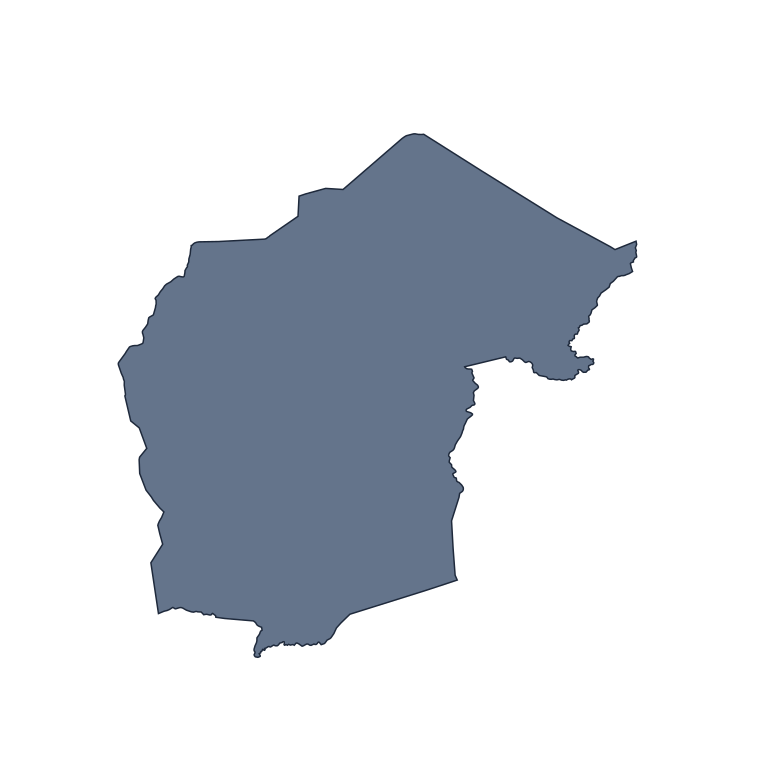 Guaimaca, Francisco Morazán, Honduras, rotated 253°
{"feature_id": "27666195B96410778118504", "entity_name": "Guaimaca", "entity_type": "district", "adm_level": 2, "iso_a3": "HND", "parent_name": "Honduras", "parent_adm1": "Francisco Morazán", "projection": "natural_earth1", "projection_center": [-86.911, 14.489], "detail": "fine", "context": "isolated", "style": "filled", "palette": "slate", "viewbox_px": 768, "rotation_deg": 253, "n_neighbors": 0, "source": "geoboundaries", "source_scale": "gbopen_adm2", "svg_char_len": 6171}
<svg xmlns="http://www.w3.org/2000/svg" viewBox="0 0 768 768"><g transform="rotate(253 384 384)"><path d="M611.2,495.0L611.6,493.0L612.6,489.9L614.2,486.8L614.6,485.1L614.9,477.9L614.4,475.8L613.5,473.1L582.0,401.7L588.1,385.4L588.7,365.0L588.5,357.7L569.5,350.8L559.2,318.3L558.6,317.4L558.4,316.3L557.4,313.6L557.5,312.0L568.6,267.5L574.0,248.7L574.3,246.7L574.3,244.5L573.8,242.8L572.8,241.1L572.8,240.1L571.4,239.7L569.4,238.5L564.6,236.5L560.7,234.0L557.7,232.9L555.1,230.6L554.2,230.5L553.6,230.3L552.7,229.0L550.7,226.9L548.6,226.1L545.4,224.4L545.1,223.8L545.2,222.9L545.7,221.8L547.0,219.5L547.1,218.1L545.8,213.6L544.1,210.0L543.1,205.2L542.0,202.9L539.7,200.2L537.7,197.1L535.1,194.2L533.7,191.2L533.0,190.4L532.5,190.1L530.7,190.5L527.1,189.5L525.5,188.5L523.9,187.8L517.9,183.9L517.4,183.3L516.6,179.5L516.1,178.4L513.9,177.1L510.6,175.6L508.1,172.6L505.8,169.2L504.8,168.3L503.4,167.9L501.9,168.0L498.4,167.8L493.8,165.6L493.2,164.3L492.9,160.3L492.9,159.4L493.7,156.7L494.0,154.8L494.0,152.4L493.8,151.4L490.3,147.0L488.8,145.4L482.6,137.1L481.6,136.0L480.1,135.6L471.2,135.9L466.4,136.5L465.0,136.3L462.6,136.5L458.7,135.2L449.9,133.8L448.6,133.2L448.4,132.7L422.7,131.0L413.6,137.1L391.8,138.3L385.5,128.9L383.2,127.7L369.8,124.2L352.1,125.4L343.9,128.5L340.0,129.5L330.7,133.5L326.0,136.1L321.4,132.3L318.6,129.2L316.4,127.3L315.0,126.4L306.5,125.8L295.5,125.5L281.2,108.8L230.4,101.2L231.0,107.3L230.8,110.5L231.1,113.0L232.1,116.6L231.9,117.0L230.3,118.3L229.9,119.0L229.9,122.9L229.6,124.5L228.6,126.0L225.5,128.9L222.4,133.2L221.5,135.2L221.5,137.4L221.3,138.2L220.6,139.2L219.4,142.5L216.0,144.2L216.0,145.3L215.6,147.2L214.1,149.7L213.8,150.8L213.9,151.6L214.7,152.5L214.7,153.1L211.7,155.2L210.1,155.0L206.3,163.2L195.6,189.9L193.4,191.4L191.0,192.0L190.1,192.5L188.9,193.6L187.1,195.8L184.8,195.5L184.1,195.3L183.7,193.7L181.1,191.7L178.4,188.3L175.7,187.4L173.9,186.4L171.3,184.1L168.4,182.2L166.9,181.8L165.8,182.2L165.1,182.2L164.2,181.7L163.2,180.7L162.1,180.6L160.7,181.2L159.5,183.5L159.6,185.4L159.8,186.0L160.4,186.2L162.6,185.8L163.0,187.5L164.1,188.0L164.1,188.7L164.4,189.3L165.7,190.3L165.6,190.8L164.6,191.3L164.3,191.9L164.7,192.6L166.0,192.6L166.0,194.1L166.7,196.4L166.6,197.3L165.8,198.2L165.7,198.8L166.6,201.9L166.4,202.5L165.7,203.2L165.2,204.1L164.9,205.5L165.3,206.6L166.7,208.7L166.6,211.1L167.0,211.7L167.0,212.3L166.8,213.0L166.4,213.2L165.3,212.9L164.0,212.2L163.3,212.5L163.2,213.0L163.5,213.6L163.4,214.1L162.4,215.3L162.7,215.8L162.9,216.7L161.7,218.1L161.5,220.7L160.4,221.8L161.8,223.9L161.8,224.8L161.4,225.5L160.1,226.8L157.2,229.0L157.2,230.4L157.9,233.6L157.9,234.3L157.4,235.4L156.0,236.6L155.4,237.8L155.8,241.0L155.1,241.9L154.8,243.0L155.3,244.3L156.2,245.3L156.3,246.0L155.9,246.6L153.1,247.7L153.2,250.9L153.6,251.9L155.7,254.7L156.3,257.9L156.9,259.2L160.0,263.1L164.6,267.2L168.1,273.0L173.8,284.1L174.4,365.1L175.1,396.7L180.3,396.1L206.5,402.0L233.4,408.6L253.7,422.6L257.0,424.2L257.4,424.6L258.3,427.3L258.8,428.1L259.7,428.9L261.1,429.4L262.1,429.5L264.8,428.7L267.9,427.0L268.8,425.9L269.8,425.2L270.5,425.2L272.8,425.6L273.3,425.2L273.7,424.4L274.4,423.8L276.5,423.5L277.6,423.4L278.1,423.7L278.8,426.7L279.0,427.0L279.4,427.2L280.6,427.0L284.5,424.6L285.2,424.6L287.1,425.0L290.1,423.5L291.3,423.9L294.2,425.7L295.9,424.9L297.1,425.0L298.3,425.8L299.4,426.9L300.4,430.4L301.2,431.7L302.3,432.7L305.0,434.4L308.0,437.6L311.3,441.8L314.2,444.2L316.2,445.5L317.6,446.8L319.4,447.6L320.8,448.5L322.4,450.1L326.2,453.5L328.0,458.3L328.7,459.6L329.5,459.8L331.1,458.6L333.6,455.0L334.3,454.7L335.0,454.9L335.5,455.3L335.9,456.1L336.5,459.5L337.7,461.7L337.8,462.7L337.6,463.9L338.0,464.8L338.4,465.1L339.1,465.2L342.0,464.7L346.9,466.8L349.5,466.9L351.0,468.3L352.4,472.2L352.9,473.0L353.5,473.4L354.4,473.4L355.6,473.1L358.1,471.4L361.4,469.9L362.1,470.2L362.9,471.4L363.6,471.9L368.5,471.3L369.3,471.5L370.2,472.3L372.4,472.2L372.9,471.4L373.7,468.9L374.5,467.5L376.1,466.3L376.9,466.2L374.4,508.3L371.8,508.4L370.6,509.8L368.8,510.4L368.3,510.9L368.1,512.1L368.3,513.4L368.6,514.0L370.4,515.8L370.6,516.8L369.6,518.8L369.2,521.0L368.9,521.6L366.8,523.4L364.0,524.9L363.2,525.8L363.1,526.2L363.3,528.8L362.9,529.6L362.3,530.4L360.8,531.4L359.2,531.8L358.0,531.5L356.4,530.5L353.8,530.9L351.7,530.6L351.2,530.7L350.8,531.2L350.4,533.0L346.8,534.9L343.5,541.2L342.7,541.9L341.2,542.3L340.2,543.7L339.6,545.3L339.3,547.2L338.3,548.6L337.4,550.6L337.2,552.9L336.7,553.8L335.9,554.7L335.0,556.7L334.9,558.8L334.4,559.4L334.8,561.6L334.6,563.1L334.1,564.1L333.2,564.5L334.0,568.0L334.7,568.6L336.0,568.8L336.4,569.2L337.4,573.0L338.3,573.5L340.5,573.3L340.8,573.9L340.8,574.7L339.9,576.1L339.2,576.7L337.9,577.2L336.9,578.1L336.3,580.3L336.3,580.9L337.6,582.8L337.6,584.3L337.8,584.7L338.5,584.8L339.3,584.3L341.3,584.9L341.6,585.2L341.7,586.4L342.1,587.8L341.7,589.4L342.2,590.4L343.3,590.9L344.8,590.4L345.7,591.3L346.5,591.6L347.0,591.2L347.0,589.5L347.1,589.2L348.8,587.9L350.1,587.5L350.8,586.5L351.2,585.4L351.3,582.6L352.3,579.3L352.2,577.0L352.7,576.5L354.1,575.7L354.7,575.0L355.3,574.9L356.1,575.2L357.0,576.7L358.9,576.7L359.4,576.3L359.7,574.6L360.9,572.8L362.5,572.6L364.9,573.9L365.3,573.4L365.6,572.6L367.0,571.3L367.9,572.0L368.5,573.4L369.9,573.2L370.7,573.6L371.2,574.4L370.5,576.3L371.8,577.8L371.9,579.3L372.4,579.6L374.4,580.0L375.2,580.5L375.7,581.4L375.6,582.3L375.2,583.3L375.4,583.6L377.0,584.7L378.2,586.2L379.1,586.4L380.9,586.3L381.2,587.5L382.5,588.6L382.3,590.5L382.9,592.3L382.2,595.6L383.2,598.2L384.2,598.8L385.4,598.8L386.8,599.3L388.5,599.4L389.0,599.6L389.8,601.3L391.1,602.6L394.1,604.5L395.3,608.1L396.8,611.0L397.3,611.2L400.6,611.4L402.1,612.2L403.9,613.6L405.1,615.8L407.5,618.2L409.2,623.5L410.8,627.6L413.9,629.8L415.2,633.4L418.3,638.6L418.4,639.3L418.1,640.6L418.2,642.8L417.6,644.8L417.5,646.2L417.7,647.3L417.9,650.8L418.9,654.6L422.7,654.5L427.1,654.8L427.4,655.2L427.7,655.8L427.8,658.2L429.1,658.5L429.4,658.8L430.5,660.2L431.0,660.6L431.4,662.4L431.7,662.8L433.5,663.1L436.2,663.3L437.9,664.3L440.7,664.2L443.6,666.4L446.9,666.8L445.0,644.2L449.1,640.6L492.3,598.0L559.3,539.6L611.2,495.0Z" fill="#64748b" stroke="#1e293b" stroke-width="1.5"/></g></svg>